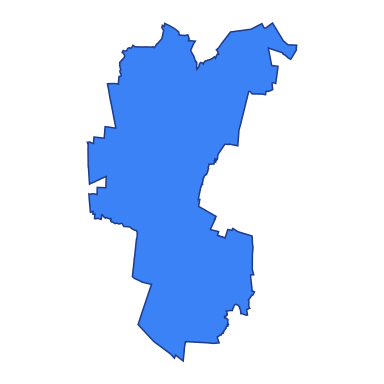 Celaya, Guanajuato, Mexico (Equal Earth projection)
{"feature_id": "50627088B5357256002883", "entity_name": "Celaya", "entity_type": "district", "adm_level": 2, "iso_a3": "MEX", "parent_name": "Mexico", "parent_adm1": "Guanajuato", "projection": "equal_earth", "projection_center": [-100.785, 20.522], "detail": "fine", "context": "isolated", "style": "filled", "palette": "blue", "viewbox_px": 384, "rotation_deg": 0, "n_neighbors": 0, "source": "geoboundaries", "source_scale": "gbopen_adm2", "svg_char_len": 5822}
<svg xmlns="http://www.w3.org/2000/svg" viewBox="0 0 384 384"><path d="M126.5,50.7L125.4,51.1L125.0,51.0L123.3,50.5L123.1,50.8L122.8,51.0L122.2,52.5L122.8,52.6L123.2,53.4L124.3,54.6L124.7,56.2L124.0,57.8L123.5,58.1L123.0,58.8L122.5,59.4L122.2,60.1L121.7,60.0L121.6,60.5L120.1,61.9L119.7,62.4L119.8,63.0L119.7,63.5L119.8,63.6L119.7,65.0L119.8,65.8L119.7,65.9L120.1,66.5L120.1,67.6L120.4,68.7L120.6,68.9L120.6,70.1L120.0,70.6L119.9,71.1L119.9,71.3L120.2,72.9L120.6,73.0L121.2,75.7L120.9,76.2L120.3,76.4L119.0,76.4L118.3,83.8L118.4,84.1L117.3,83.8L113.9,83.5L107.5,83.7L107.4,83.9L107.9,86.5L108.3,88.1L110.0,98.1L110.9,102.7L111.0,102.7L115.1,124.3L115.8,127.9L115.7,128.2L108.4,127.0L105.1,126.7L104.2,138.2L94.0,137.0L93.5,143.5L91.1,142.7L89.9,142.0L89.3,142.0L87.3,142.3L87.9,144.0L88.1,143.9L88.1,147.8L88.0,148.1L88.2,166.8L88.4,166.8L89.5,184.2L90.7,183.5L95.0,181.7L96.8,180.7L99.6,179.5L100.9,178.7L106.2,176.5L105.9,187.7L97.2,187.4L97.0,194.5L94.1,193.8L91.3,193.8L90.6,194.2L89.9,194.3L88.9,193.9L89.2,198.9L90.4,212.4L91.2,212.1L93.1,211.6L92.7,213.2L92.9,213.7L92.9,214.1L94.4,214.4L94.9,214.2L94.5,218.6L95.1,218.8L98.1,218.4L101.0,219.4L101.2,218.2L101.4,218.3L101.7,214.8L102.5,214.9L102.7,215.1L103.6,216.8L104.2,217.1L104.6,217.5L105.1,217.8L105.3,218.2L106.8,217.5L107.9,218.3L109.6,218.9L110.5,218.4L111.3,218.9L111.2,219.7L110.7,220.2L110.9,221.6L112.4,222.2L113.1,222.2L113.9,222.7L114.3,223.3L115.0,223.5L115.7,223.5L117.1,223.2L118.8,224.0L120.3,223.7L120.9,223.4L121.5,223.3L122.0,223.6L122.6,224.1L123.3,225.7L123.9,226.5L124.3,226.6L126.5,226.6L129.9,227.0L131.7,228.6L134.8,230.3L136.1,230.4L136.4,230.6L136.5,231.1L136.9,231.7L137.4,232.7L137.1,233.6L137.2,235.5L136.7,239.4L136.4,239.4L134.8,255.2L134.1,259.8L134.0,262.0L132.4,276.5L132.9,277.1L134.6,278.5L140.0,280.9L141.8,282.0L148.0,283.6L151.5,284.3L141.2,315.0L138.1,324.6L153.8,341.5L170.6,354.0L174.4,358.2L175.6,355.1L183.2,361.0L184.2,351.2L184.3,349.2L184.5,347.2L185.5,341.7L185.9,341.5L186.1,341.6L186.2,341.8L186.7,342.0L187.2,341.7L207.3,342.8L213.5,343.4L219.1,342.9L219.0,342.0L218.8,341.8L218.7,341.9L217.2,337.1L220.8,334.7L221.2,334.3L221.3,334.6L222.7,332.8L223.1,333.0L223.0,332.2L223.7,331.9L223.9,331.6L224.0,330.8L224.3,330.0L225.1,329.5L225.6,328.7L225.9,328.5L226.1,328.0L226.1,327.1L226.7,326.1L227.7,326.1L227.5,325.3L227.8,325.0L227.7,324.9L228.5,324.8L228.5,324.4L228.3,324.4L227.9,323.7L228.0,323.4L227.8,322.9L227.9,322.5L227.7,322.1L227.9,319.5L227.3,319.1L226.3,318.1L226.1,318.2L225.4,318.0L225.0,318.1L224.7,317.9L224.7,317.3L224.5,316.9L224.6,316.3L225.3,316.6L226.2,315.9L226.2,315.6L227.1,315.2L227.3,314.8L226.8,313.9L227.2,313.6L226.4,311.0L227.9,310.9L229.3,310.6L232.4,310.5L232.7,309.4L232.6,308.7L233.3,307.9L233.6,307.4L233.8,306.4L234.1,305.7L234.9,304.7L235.8,304.4L236.3,304.4L238.1,305.3L239.7,307.0L239.5,307.4L239.5,308.0L240.4,309.8L240.6,311.2L240.9,312.6L240.7,313.6L242.5,313.7L243.7,314.4L246.2,315.0L246.3,315.3L247.5,315.0L246.6,309.6L249.7,308.3L249.3,308.0L248.7,305.5L248.8,304.8L248.7,304.2L248.9,303.9L248.9,303.7L248.8,303.1L248.9,301.0L248.7,300.5L248.4,300.2L252.0,295.1L252.8,295.1L254.5,291.9L254.1,291.5L253.4,291.3L252.9,291.4L252.0,291.0L252.2,290.8L252.0,288.8L250.6,276.7L250.7,275.0L253.7,274.8L252.4,270.0L252.3,268.5L252.4,254.0L252.9,249.3L253.0,246.6L252.5,244.3L252.1,236.0L237.9,231.7L232.9,228.4L232.6,228.4L232.0,230.4L227.8,229.5L225.0,238.1L224.4,237.5L222.9,237.2L222.6,236.7L222.3,236.6L222.2,236.9L221.3,236.8L220.7,236.4L219.8,236.0L218.9,236.2L218.7,235.7L217.9,235.6L217.5,235.3L218.6,231.6L210.4,229.6L211.2,227.5L211.7,226.6L215.2,219.0L214.6,219.0L216.1,216.4L198.6,206.4L199.8,199.5L198.3,199.7L198.7,197.9L198.7,197.5L198.9,196.2L200.6,188.1L200.8,187.1L200.7,186.6L201.3,186.2L201.7,184.9L201.8,184.9L202.2,183.3L202.3,183.3L202.0,184.5L202.6,184.3L202.4,183.0L203.1,180.1L202.8,179.0L203.0,178.7L203.3,178.6L203.7,177.9L203.9,177.7L203.9,176.7L204.0,176.5L204.5,175.9L205.3,175.3L205.8,174.4L206.2,174.4L206.4,174.5L207.1,173.0L207.7,171.5L208.0,170.0L207.9,170.0L208.0,169.7L208.6,168.6L208.2,167.6L208.2,166.9L208.8,165.8L208.8,164.3L209.5,164.2L214.0,164.0L214.4,161.6L215.5,162.1L215.4,161.7L214.9,161.2L214.5,161.0L214.9,158.8L216.1,159.1L215.8,160.8L215.9,161.1L217.4,159.1L218.0,154.4L224.8,144.3L229.4,144.4L229.5,144.1L237.8,145.8L239.0,130.0L240.4,125.0L248.7,91.6L249.2,91.4L250.2,91.5L252.1,93.9L262.6,94.1L265.5,94.7L266.0,91.3L268.5,91.4L269.4,91.1L272.7,89.6L272.2,85.2L272.1,82.6L272.2,82.8L273.6,82.8L274.1,82.9L275.7,83.5L277.2,72.7L278.0,66.3L271.7,65.5L268.3,48.0L282.5,52.8L282.9,53.8L283.4,54.1L283.9,54.6L284.5,54.9L285.0,54.9L287.8,57.6L290.5,59.3L290.9,59.0L291.0,58.7L291.9,57.4L296.4,49.9L296.2,48.7L296.7,45.2L290.4,44.9L288.2,45.0L283.3,40.8L272.5,23.0L265.7,28.0L264.8,28.1L263.9,27.6L261.9,23.6L251.1,29.2L230.5,32.0L222.0,43.0L218.4,48.1L216.3,49.9L217.4,51.0L218.6,54.3L217.4,54.1L216.1,56.2L216.1,57.1L215.7,57.4L215.4,58.2L214.5,56.8L211.5,58.9L211.2,58.9L211.1,59.1L209.8,59.7L207.5,60.2L206.2,60.9L205.5,60.8L205.2,61.0L203.7,62.7L203.3,64.0L203.1,63.7L202.9,63.7L202.8,63.0L200.4,62.5L199.3,64.5L199.1,65.1L199.0,66.3L197.0,69.4L196.6,67.6L196.6,67.0L196.8,62.7L196.7,62.2L195.8,61.2L195.6,61.5L195.5,61.3L193.6,55.7L192.2,53.5L191.6,52.2L191.0,51.5L190.8,50.4L190.8,50.1L193.4,44.0L195.3,41.1L188.4,40.7L188.9,39.4L189.3,39.1L187.8,34.8L184.9,35.5L179.1,35.0L179.1,33.8L178.6,31.8L176.7,30.3L174.2,28.4L171.8,27.0L169.5,25.7L164.7,23.4L164.2,26.4L162.3,25.3L161.9,27.7L163.2,29.8L163.7,30.2L162.0,38.0L162.0,38.5L157.6,43.5L156.6,44.1L155.3,46.5L154.8,46.8L154.1,47.7L153.1,46.8L151.8,47.0L151.7,47.1L146.3,46.9L142.4,47.0L135.2,46.8L132.9,45.3L131.5,48.0L130.6,48.2L129.5,47.7L128.4,48.1L127.7,48.5L127.5,48.8L127.3,49.7L126.9,50.2L126.5,50.7Z" fill="#3b82f6" stroke="#1e3a8a" stroke-width="1.5"/></svg>